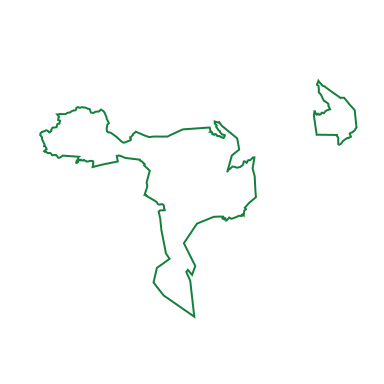 Putla Villa de Guerrero, Oaxaca, Mexico (orthographic projection), rotated 276°
{"feature_id": "50627088B16530666088464", "entity_name": "Putla Villa de Guerrero", "entity_type": "district", "adm_level": 2, "iso_a3": "MEX", "parent_name": "Mexico", "parent_adm1": "Oaxaca", "projection": "orthographic", "projection_center": [-97.862, 16.982], "detail": "fine", "context": "isolated", "style": "outline", "palette": "green", "viewbox_px": 384, "rotation_deg": 276, "n_neighbors": 0, "source": "geoboundaries", "source_scale": "gbopen_adm2", "svg_char_len": 5951}
<svg xmlns="http://www.w3.org/2000/svg" viewBox="0 0 384 384"><g transform="rotate(276 192 192)"><path d="M86.1,174.7L68.2,207.3L103.6,199.5L111.9,194.7L114.1,196.0L109.6,200.7L118.7,203.0L140.2,189.3L161.1,200.3L169.6,216.2L170.6,223.1L170.7,225.4L170.2,225.4L169.9,225.1L168.9,225.0L168.6,225.5L168.5,225.9L168.7,226.3L168.9,226.0L169.1,226.3L169.4,226.5L169.5,226.3L169.6,226.5L169.2,226.7L169.2,226.9L169.3,226.9L169.5,227.1L169.4,227.6L169.2,227.5L169.1,227.2L168.1,227.4L168.2,227.8L168.5,228.1L168.0,228.9L167.6,229.3L167.3,229.3L167.4,229.5L168.0,229.9L168.5,230.1L168.7,230.5L170.5,231.7L169.5,233.8L169.8,234.8L171.0,237.2L171.6,238.4L171.8,239.0L172.3,239.5L173.1,241.0L173.3,241.9L173.3,243.6L173.7,244.5L174.6,244.0L175.0,244.4L174.1,245.9L175.2,245.9L178.6,245.9L179.4,246.3L179.9,247.1L180.7,247.5L181.2,246.8L181.7,246.4L181.8,246.2L187.0,249.8L193.5,256.1L200.7,254.8L214.2,252.7L221.7,249.8L232.9,250.5L232.7,248.9L231.9,248.4L230.8,247.5L230.5,247.1L230.0,246.8L229.7,246.4L229.5,244.6L229.0,244.2L227.0,243.6L226.7,243.2L228.0,241.3L228.0,240.7L227.6,240.2L227.1,240.1L225.3,240.1L224.1,239.7L223.0,238.5L222.6,238.0L222.3,237.7L221.8,237.2L221.6,236.2L221.1,235.2L221.0,234.6L221.0,233.1L221.5,231.9L221.5,229.6L220.2,228.3L218.9,227.3L218.5,226.6L217.4,225.6L215.3,224.9L232.5,227.8L239.1,234.5L249.2,231.6L250.2,231.1L260.8,215.0L265.0,211.1L263.7,211.6L264.5,207.2L262.4,207.5L261.9,208.1L261.3,209.2L260.6,209.6L259.7,209.1L258.9,209.6L258.4,210.0L257.3,211.0L256.4,211.7L255.9,212.3L255.3,213.4L254.5,213.6L253.8,214.3L252.2,216.1L252.3,217.1L251.9,218.7L251.1,218.7L249.1,217.9L249.2,216.6L249.6,216.1L249.5,215.3L249.9,214.8L250.1,214.1L250.5,213.5L250.5,212.7L250.3,211.9L250.8,210.6L251.6,210.3L252.0,209.4L251.8,208.0L251.3,207.9L251.6,207.3L251.6,206.2L252.2,206.2L253.3,205.5L253.5,204.5L253.8,205.2L254.5,204.3L254.7,203.9L258.0,202.8L253.3,176.3L246.0,164.0L244.5,161.8L244.5,160.3L244.1,157.9L243.2,148.3L242.1,143.7L243.4,138.4L246.1,129.8L244.7,128.7L243.9,127.7L243.2,127.2L242.6,127.3L241.4,126.3L240.5,125.7L240.2,125.3L240.1,124.9L238.8,125.0L238.3,125.7L237.2,125.6L233.9,119.3L234.1,118.1L234.9,116.5L239.1,110.9L242.3,105.3L242.7,103.8L242.5,103.0L242.6,102.3L242.9,102.1L243.4,101.2L246.4,100.4L247.1,100.6L249.9,100.7L250.7,101.2L251.0,101.6L251.9,102.1L256.1,99.4L257.6,99.1L262.0,96.6L262.8,95.8L263.7,94.5L264.1,93.1L264.4,92.8L262.3,91.0L261.8,87.7L260.9,86.6L260.4,85.7L260.3,84.9L260.4,83.7L260.6,83.1L261.5,82.6L263.4,81.9L263.7,81.5L263.9,80.5L263.9,79.6L264.5,78.2L264.8,77.2L264.8,73.6L264.0,71.7L264.1,71.1L264.5,69.8L263.8,68.3L263.5,68.2L262.9,68.3L261.5,67.9L261.0,67.2L260.5,65.2L260.0,64.3L258.2,62.0L257.8,60.0L257.5,59.5L257.0,59.0L256.3,58.2L255.9,55.3L255.8,51.9L255.3,51.6L255.0,51.2L255.0,49.9L252.8,51.9L252.4,51.8L251.5,51.4L249.6,51.4L249.4,52.6L249.2,53.1L249.0,53.4L247.5,53.0L246.6,53.1L246.2,53.0L246.0,52.8L245.8,51.4L245.6,51.1L242.2,50.4L241.4,46.6L241.1,46.3L240.1,46.0L239.2,45.5L238.7,45.5L238.3,45.7L237.9,45.7L237.4,45.2L237.2,44.8L236.9,44.4L236.5,44.3L236.3,44.1L236.4,43.8L236.8,43.2L237.2,42.9L237.9,41.5L238.1,40.7L238.0,40.1L237.1,39.1L236.6,37.5L236.2,37.2L236.0,36.4L235.4,36.0L235.1,35.5L234.7,35.3L233.8,35.1L233.3,35.2L232.8,35.1L232.1,35.8L231.0,36.7L230.7,37.1L229.0,37.3L228.5,37.5L227.2,38.4L226.7,38.8L225.8,39.1L224.9,39.6L224.4,40.2L223.7,40.5L222.1,40.1L222.0,41.4L219.5,43.0L217.1,40.6L216.7,41.2L216.5,41.6L216.9,42.5L216.5,43.1L216.0,43.6L215.6,44.9L216.0,46.6L215.6,47.5L215.1,48.1L213.9,49.0L213.9,49.3L214.5,50.7L214.5,51.3L214.3,52.4L214.5,52.4L214.6,52.9L213.3,54.3L212.4,55.0L212.1,55.5L212.0,55.9L212.1,56.5L214.7,59.9L215.2,75.7L214.7,75.2L213.8,75.4L213.2,75.2L211.7,74.6L211.4,74.3L211.1,74.2L210.7,74.2L210.4,73.9L209.3,74.0L209.0,73.8L208.7,74.0L209.6,75.4L210.6,75.5L211.2,75.5L211.6,75.7L211.8,77.3L212.3,77.2L212.5,78.1L212.1,78.8L211.9,80.2L211.9,80.5L212.7,81.2L212.2,81.8L212.0,82.4L211.6,83.6L211.3,83.8L211.3,84.2L211.5,85.4L212.3,87.5L212.4,88.5L212.4,89.8L212.2,90.4L211.8,90.6L211.2,90.6L210.1,90.9L209.5,90.6L209.0,90.8L207.9,91.1L207.5,91.1L206.8,90.5L206.4,90.5L209.8,99.7L214.6,115.0L220.1,113.4L220.2,114.5L220.4,114.7L220.6,115.2L220.5,115.5L220.6,116.4L218.9,122.4L218.7,136.8L218.2,137.1L217.9,137.0L216.8,139.5L216.6,139.8L215.9,140.2L215.2,141.7L214.8,142.0L214.3,142.0L213.6,141.5L208.7,147.8L198.4,146.1L196.7,145.9L192.8,147.0L184.9,145.3L185.1,145.6L184.1,146.8L184.2,145.9L184.0,145.7L179.0,156.8L178.7,157.1L178.0,158.3L176.8,159.0L176.4,159.4L176.1,160.1L176.0,160.5L176.2,161.5L176.8,163.4L176.7,163.9L176.0,165.1L175.0,165.6L174.2,165.8L173.1,165.8L172.8,165.9L171.4,166.8L171.0,166.8L170.4,162.3L169.1,160.9L162.1,163.2L150.7,165.6L130.3,171.9L129.0,172.1L127.6,173.0L123.2,176.7L112.8,165.0L97.9,163.2L86.1,174.7ZM315.8,306.1L314.0,305.8L313.3,305.4L312.1,305.0L311.3,305.5L311.0,306.5L310.4,306.9L308.5,307.1L307.7,307.4L306.9,307.5L306.2,307.5L305.6,307.4L304.9,307.8L304.2,307.8L303.7,308.3L303.1,309.3L300.9,311.0L299.9,311.5L296.4,313.7L296.2,314.7L295.7,315.3L294.9,317.1L294.4,317.6L294.1,318.2L293.5,318.6L291.9,318.6L291.3,319.1L291.0,319.4L290.4,319.6L289.8,319.9L288.7,320.7L287.4,317.7L286.3,316.3L284.1,314.8L284.5,312.8L283.7,312.3L282.7,311.9L282.1,310.4L282.9,309.7L283.1,309.2L282.8,308.7L282.2,308.4L281.9,307.9L282.3,307.3L283.5,306.7L284.6,305.9L285.0,305.9L285.1,305.4L280.9,305.2L262.0,310.0L263.9,330.2L262.7,330.4L261.5,331.6L260.7,331.9L258.6,331.9L257.1,332.3L255.0,332.4L254.4,333.3L254.7,334.1L255.4,335.0L256.5,335.7L258.4,336.7L261.2,339.9L261.6,340.3L262.1,341.3L262.0,342.1L262.5,342.4L262.8,342.9L263.0,343.5L263.6,344.3L264.5,343.9L266.4,342.7L267.0,343.1L267.5,343.7L268.2,345.5L268.9,345.9L269.8,346.9L270.3,347.4L271.1,347.9L272.0,347.9L272.6,348.3L273.2,348.9L290.5,345.2L295.4,339.7L301.6,333.5L301.3,329.7L301.1,329.6L302.8,326.9L307.2,318.9L309.7,314.6L311.0,312.7L311.2,310.9L314.3,307.5L315.8,306.1Z" fill="none" stroke="#15803d" stroke-width="2"/></g></svg>